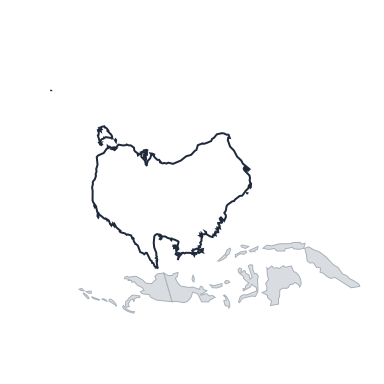 Australia and the surrounding countries, rotated 164°
{"feature_id": "AUS", "entity_name": "Australia", "entity_type": "country or territory", "adm_level": 0, "iso_a3": "AUS", "parent_name": "Oceania", "parent_adm1": "", "projection": "robinson", "projection_center": [137.073, -32.4], "detail": "fine", "context": "with_neighbors", "style": "outline", "palette": "slate", "viewbox_px": 384, "rotation_deg": 164, "n_neighbors": 4, "source": "natural_earth", "source_scale": "50m", "svg_char_len": 10110}
<svg xmlns="http://www.w3.org/2000/svg" viewBox="0 0 384 384"><g transform="rotate(164 192 192)"><path d="M241.3,92.0L255.8,97.8L260.8,102.4L261.4,105.1L268.1,108.0L269.1,110.4L265.3,110.9L266.2,113.9L269.8,116.9L272.4,121.8L274.7,121.7L274.5,123.7L277.6,124.5L276.4,125.3L280.7,127.3L280.2,128.6L277.5,128.9L276.6,127.7L269.1,126.5L263.7,121.1L261.6,117.1L256.3,115.1L250.5,117.9L251.0,121.2L247.8,122.8L241.4,121.9L241.3,92.0ZM286.7,95.0L289.8,98.3L290.3,100.7L289.1,101.9L287.4,97.5L283.3,94.0L280.3,92.7L281.5,91.6L286.7,95.0ZM282.9,106.9L278.6,109.0L276.4,109.0L270.8,106.4L271.2,105.0L274.8,105.7L277.0,105.3L277.6,103.1L278.2,103.0L278.6,105.4L280.9,105.1L284.3,101.9L283.9,99.2L286.3,99.1L287.1,99.9L287.0,102.4L285.6,105.2L283.5,105.6L282.9,106.9ZM296.8,104.6L301.9,110.1L301.3,111.3L300.2,111.8L298.4,110.0L296.7,107.1L295.9,103.6L296.4,103.2L296.8,104.6Z" fill="#d9dde1" stroke="#a8b0b8" stroke-width="1"/><path d="M241.3,92.0L241.4,121.9L237.8,118.1L233.7,117.2L232.7,118.5L227.6,118.6L229.3,114.9L231.8,113.6L230.8,108.7L228.9,104.8L221.0,100.9L217.7,100.6L211.6,96.3L210.4,98.5L208.9,98.9L208.0,97.3L208.0,95.3L204.9,93.0L209.2,91.4L212.1,91.5L211.8,90.3L205.8,90.2L204.2,87.5L200.6,86.7L198.9,84.4L204.4,83.3L206.4,81.8L212.9,83.7L214.7,92.8L218.9,95.5L222.3,90.7L226.9,87.9L230.5,87.9L236.9,91.1L241.3,92.0ZM176.6,120.8L177.1,123.1L174.5,126.5L171.1,127.6L170.6,127.0L172.7,122.7L176.6,120.8ZM213.9,111.7L213.5,108.2L215.0,105.0L215.9,106.4L215.9,108.6L213.9,111.7ZM147.9,61.2L145.6,65.3L148.5,69.6L147.8,71.7L152.3,76.0L147.5,76.5L146.2,79.6L146.4,83.8L142.5,86.9L142.4,91.5L140.9,98.5L140.3,96.9L135.7,98.9L134.1,96.1L131.2,95.9L129.2,94.4L124.4,96.0L122.9,93.8L116.9,93.6L116.2,87.4L114.2,86.1L112.3,82.2L111.7,78.2L112.2,74.0L114.6,70.9L115.3,74.0L118.0,76.6L120.6,75.6L123.2,76.0L125.6,73.7L127.5,73.3L131.3,74.5L134.6,73.6L136.7,67.2L138.3,65.6L139.7,60.4L147.9,61.2ZM194.3,92.9L198.7,94.3L200.2,97.8L196.8,95.9L188.3,95.7L189.3,93.1L194.3,92.9ZM184.2,97.5L181.4,96.6L180.6,94.7L184.7,94.4L185.7,96.0L184.2,97.5ZM188.5,70.2L188.7,72.7L191.1,73.1L191.5,74.9L191.3,78.9L189.2,78.5L188.6,81.3L190.3,83.7L189.1,84.2L187.5,81.3L186.3,75.5L187.1,71.8L188.5,70.2ZM163.1,75.5L172.9,75.9L176.9,72.6L177.6,73.6L174.3,78.2L171.3,79.0L167.4,78.1L157.1,79.0L156.5,82.5L160.2,86.6L162.3,84.5L169.9,82.9L169.6,85.0L167.8,84.4L166.0,87.1L162.5,88.8L166.3,94.7L165.6,96.3L169.3,101.6L169.2,104.6L167.1,105.9L165.5,104.3L167.4,100.6L163.5,102.3L162.5,101.1L163.0,99.3L160.1,96.6L160.3,92.1L157.6,93.5L158.2,105.4L155.7,106.1L153.9,104.8L155.0,100.5L154.4,96.1L152.7,96.1L151.4,92.9L153.1,89.9L155.7,79.4L156.5,77.5L160.0,74.1L163.1,75.5ZM157.9,127.1L152.5,123.9L156.2,123.0L159.8,125.8L159.6,127.0L157.9,127.1ZM162.0,119.2L164.7,118.9L168.3,117.2L167.7,119.7L161.7,121.0L156.3,120.5L156.3,118.8L159.5,117.8L162.0,119.2ZM149.6,118.4L152.1,118.0L153.1,120.0L143.5,121.5L144.9,118.8L147.1,118.8L148.1,117.2L149.6,118.4ZM110.1,109.5L110.6,111.2L118.4,111.6L119.2,109.7L126.7,111.9L128.3,114.9L134.3,115.7L139.3,118.4L134.7,120.2L130.3,118.3L122.4,118.1L111.0,115.1L109.3,115.7L101.9,113.8L101.2,111.8L97.5,111.5L100.2,107.1L105.1,107.4L110.1,109.5ZM93.2,85.1L93.9,88.3L95.3,90.8L98.3,91.2L100.3,94.1L99.3,99.8L99.2,106.9L94.8,107.0L91.3,103.2L86.1,99.4L81.2,92.9L76.1,83.1L72.5,79.3L69.9,71.8L66.3,68.9L64.2,65.0L61.2,62.4L57.0,57.4L56.7,55.0L65.5,56.1L78.1,70.5L82.3,70.6L85.6,73.7L87.9,77.5L91.0,79.6L89.4,83.4L91.7,85.0L93.2,85.1Z" fill="#d9dde1" stroke="#a8b0b8" stroke-width="1"/><path d="M176.6,120.8L177.1,119.8L180.6,118.7L184.6,118.0L186.2,118.6L177.1,123.1L176.6,120.8Z" fill="#d9dde1" stroke="#a8b0b8" stroke-width="1"/><path d="M326.2,128.1L327.3,129.7L324.5,129.7L323.0,126.8L326.2,128.1ZM324.5,124.1L323.9,124.9L321.0,120.9L320.2,118.2L321.5,118.2L324.5,124.1ZM321.2,125.3L317.1,125.0L316.3,124.3L316.6,122.4L319.2,123.2L321.2,125.3ZM316.4,116.8L317.5,119.2L310.7,114.1L311.3,113.6L316.4,116.8ZM304.0,110.3L308.0,113.8L307.1,114.0L305.4,113.0L303.8,111.1L304.0,110.3Z" fill="#d9dde1" stroke="#a8b0b8" stroke-width="1"/><path d="M249.9,134.9L249.7,136.5L250.8,138.0L252.2,145.8L253.0,146.3L255.1,145.3L255.8,146.5L258.3,148.5L258.8,155.2L260.1,157.4L260.7,157.6L261.5,160.9L261.1,163.8L262.3,165.1L262.5,167.0L265.4,168.9L266.6,168.8L267.8,170.6L271.8,173.0L272.3,173.9L271.5,174.4L274.5,178.9L275.4,182.9L275.8,182.6L276.4,183.4L276.6,181.6L278.7,183.4L279.0,182.5L279.5,183.5L279.8,187.5L281.0,189.0L283.6,190.6L287.7,196.6L287.7,197.7L288.6,199.0L288.2,204.6L289.8,209.4L289.9,211.4L287.3,220.1L286.7,224.1L285.1,226.9L284.7,228.7L283.4,230.1L282.1,230.8L279.9,233.9L279.8,235.5L278.1,238.1L277.8,240.4L275.3,244.2L273.9,251.9L272.1,253.0L266.1,253.8L262.1,257.1L259.7,257.4L260.1,258.2L260.6,257.9L260.3,259.3L259.5,258.0L258.6,258.2L258.1,257.1L256.7,256.5L257.2,255.9L257.0,255.2L256.3,255.2L255.0,256.4L254.1,255.6L254.9,255.6L255.7,254.5L254.8,253.6L252.9,254.7L253.9,255.0L249.6,257.8L245.6,255.8L242.9,255.3L241.8,255.7L240.2,254.4L237.9,253.6L235.6,250.6L236.0,248.0L235.5,246.6L232.6,243.0L233.8,243.2L233.8,242.1L230.9,243.3L229.6,243.2L230.9,240.5L230.8,239.3L229.3,236.6L227.8,241.0L224.7,241.5L225.2,240.0L226.6,240.0L227.0,236.5L228.7,233.9L228.4,232.1L228.9,231.7L228.1,229.3L228.2,230.4L226.0,234.1L223.0,235.9L220.9,238.8L221.2,240.3L220.5,239.8L220.0,240.1L218.0,238.5L218.3,238.0L219.2,238.5L218.3,235.6L216.4,232.4L214.8,232.0L214.0,230.1L214.5,230.0L214.5,229.2L212.3,227.6L210.5,227.5L208.8,226.4L206.7,226.7L202.5,224.3L194.1,225.3L187.9,227.9L182.5,228.0L178.1,230.7L176.1,231.3L173.5,235.4L168.3,235.8L167.9,235.2L165.4,235.0L159.5,235.7L158.1,237.5L156.0,238.0L152.2,240.6L147.0,240.3L145.0,239.4L143.2,237.7L141.1,237.0L140.8,233.6L142.2,234.2L143.3,232.1L142.9,225.2L140.2,220.1L138.9,213.6L136.0,208.7L135.3,205.3L131.7,200.0L132.3,200.3L132.3,199.5L133.3,201.7L134.3,201.5L134.4,200.7L132.4,197.9L132.6,197.3L133.7,198.4L133.8,199.8L134.3,199.2L134.9,200.6L135.3,201.0L135.8,200.5L135.7,198.5L132.2,192.0L132.4,189.4L133.4,187.3L133.4,185.0L132.9,183.8L134.2,180.3L134.6,180.1L134.7,183.1L135.6,182.4L136.9,180.0L139.8,178.5L144.6,174.7L147.4,175.0L152.7,172.9L154.0,171.7L155.9,171.9L161.5,169.9L162.8,168.6L164.7,164.7L166.7,163.0L165.9,160.5L166.3,158.6L169.1,155.4L171.5,160.3L171.6,158.1L172.6,158.5L172.7,157.6L171.2,155.6L171.7,155.3L171.6,154.4L172.1,154.3L172.6,155.1L173.3,154.6L176.3,155.2L174.8,154.7L175.7,152.8L175.2,153.3L174.7,152.3L174.9,151.1L175.4,151.1L175.9,150.1L177.4,150.8L177.4,150.2L176.7,150.2L176.4,149.5L177.2,148.8L178.5,149.3L177.8,147.5L179.4,146.4L179.5,145.4L179.7,146.6L180.3,146.4L180.6,147.1L181.1,146.5L181.2,144.1L182.1,145.0L182.6,144.3L183.3,145.0L184.6,143.0L186.9,144.4L189.9,147.7L189.4,150.3L189.7,149.8L190.1,150.2L189.8,149.0L191.4,147.8L193.3,148.3L194.0,149.5L194.2,148.2L195.6,149.4L195.6,148.1L196.5,148.0L195.5,147.2L195.9,146.8L194.6,146.0L195.9,144.1L196.4,142.3L198.1,141.0L197.7,139.4L198.6,138.2L199.5,138.0L199.5,137.0L200.5,137.6L200.5,136.7L202.2,135.4L202.8,136.3L206.1,135.9L206.7,136.4L207.1,135.7L207.9,135.6L207.7,133.5L204.3,131.9L204.9,131.3L205.6,131.9L206.4,131.5L207.8,132.8L208.9,132.3L209.8,133.7L214.7,135.3L216.0,135.0L217.2,136.0L218.0,136.1L220.8,134.3L219.9,136.0L221.1,135.9L221.4,137.0L222.2,137.0L222.2,135.7L223.3,134.9L224.9,136.7L223.3,138.7L223.5,139.7L223.0,140.7L222.3,140.3L220.8,141.0L220.9,143.9L218.7,147.7L218.9,148.4L222.3,151.4L223.9,151.9L224.3,152.9L225.1,152.8L227.9,154.4L230.1,156.7L233.1,157.5L234.1,159.5L237.2,161.2L239.1,160.8L240.4,159.9L242.8,153.7L243.6,149.1L243.1,143.3L243.8,140.8L243.6,139.4L244.9,138.5L243.9,137.3L244.0,136.7L244.7,135.0L245.1,135.3L245.9,130.2L247.1,129.1L247.7,129.3L247.5,129.9L248.4,131.0L248.7,134.2L249.9,134.9ZM253.8,266.2L255.9,266.7L259.7,268.5L261.2,268.1L261.6,268.5L262.2,267.7L263.9,267.7L265.9,266.7L266.8,267.1L266.9,273.2L266.5,272.1L265.7,273.4L265.2,275.2L265.4,277.5L264.6,277.8L264.2,276.9L264.8,276.5L263.9,276.1L263.5,276.9L262.9,275.8L262.7,277.8L261.8,277.5L262.0,278.0L261.2,279.6L258.2,279.3L258.1,278.5L258.8,278.2L257.6,278.1L256.3,276.4L255.3,273.3L256.3,274.5L256.5,273.9L255.8,272.9L255.5,273.1L255.5,272.3L253.9,269.5L253.5,267.6L253.8,266.2ZM199.5,132.2L202.1,131.4L203.2,132.5L200.8,134.7L199.0,133.3L198.5,131.4L199.5,132.2ZM227.4,243.7L228.7,243.7L229.4,244.3L227.7,244.5L226.8,245.3L224.2,245.1L223.4,244.4L223.8,243.8L226.4,243.1L227.4,243.2L227.4,243.7ZM224.0,143.3L224.7,143.2L224.1,144.6L224.9,145.1L224.7,145.6L222.5,145.2L222.8,143.6L223.7,142.7L224.0,143.3ZM288.3,198.0L287.9,197.1L288.2,195.5L289.0,194.6L288.7,193.7L289.1,193.3L289.5,194.9L288.3,198.0ZM266.2,262.1L267.3,263.1L267.3,264.0L266.5,264.4L265.3,262.6L266.2,262.1ZM198.2,132.0L199.4,134.2L197.2,134.1L198.2,132.0ZM251.0,263.7L250.6,262.8L251.3,261.3L251.8,263.0L251.0,263.7ZM235.9,155.7L234.8,156.4L233.7,156.8L234.3,155.5L235.5,155.2L235.9,155.7ZM131.7,199.4L130.7,198.2L130.6,197.0L131.7,199.4ZM267.3,264.6L267.8,265.2L267.5,265.4L266.1,264.9L267.3,264.6ZM280.5,187.9L281.3,187.9L281.3,189.0L280.5,187.9ZM262.1,163.6L262.3,164.4L262.2,164.8L261.4,163.7L262.1,163.6ZM262.8,278.0L262.8,279.0L262.1,278.7L262.8,278.0ZM289.8,205.7L289.4,207.0L289.4,205.6L289.8,205.7ZM207.4,131.9L207.0,130.7L207.3,130.3L207.5,131.3L207.4,131.9ZM224.1,131.4L223.2,132.5L224.2,130.5L224.1,131.4ZM289.4,205.2L289.2,204.4L289.4,203.9L289.6,203.9L289.4,205.2ZM225.5,152.4L224.9,152.1L225.2,151.5L225.4,151.8L225.5,152.4ZM222.2,143.3L221.6,143.4L222.0,142.7L222.2,143.3ZM139.6,174.8L139.4,175.7L139.1,175.6L139.6,174.8ZM246.3,129.1L246.0,129.4L245.8,128.8L246.0,128.6L246.3,129.1ZM257.0,255.7L256.4,256.0L256.2,255.9L256.3,255.5L257.0,255.7ZM299.5,328.2L299.1,329.0L299.6,327.8L299.5,328.2ZM223.0,132.8L221.8,133.6L223.0,132.6L223.0,132.8ZM177.8,146.4L177.4,146.9L177.7,146.3L177.8,146.4ZM263.3,277.9L262.9,277.5L263.1,277.1L263.2,277.3L263.3,277.9ZM235.4,158.4L234.7,158.4L235.1,157.9L235.4,158.4ZM175.5,150.4L175.2,150.7L175.2,150.0L175.5,150.4ZM256.0,256.2L256.5,256.6L255.6,256.5L256.0,256.2ZM276.3,181.5L276.0,181.5L276.2,181.1L276.3,181.5ZM254.1,265.5L253.9,265.9L253.8,265.4L254.1,265.5Z" fill="none" stroke="#1e293b" stroke-width="2"/></g></svg>